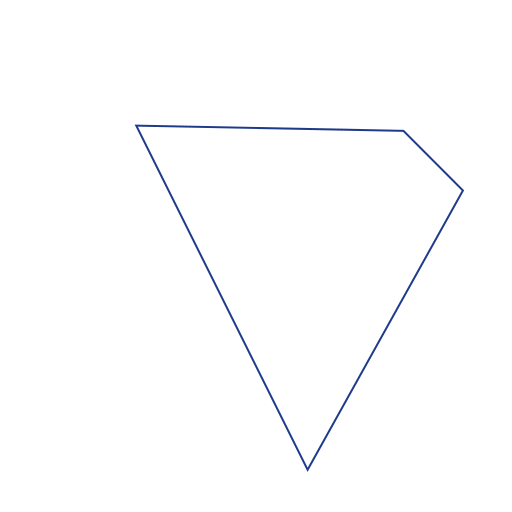 the state/province of Rose Atoll, rotated 24°
{"feature_id": "ASM-5000", "entity_name": "Rose Atoll", "entity_type": "state/province", "adm_level": 1, "iso_a3": "ASM", "parent_name": "American Samoa", "parent_adm1": "", "projection": "mercator", "projection_center": [-168.164, -14.526], "detail": "fine", "context": "isolated", "style": "outline", "palette": "blue", "viewbox_px": 512, "rotation_deg": 24, "n_neighbors": 0, "source": "natural_earth", "source_scale": "10m", "svg_char_len": 223}
<svg xmlns="http://www.w3.org/2000/svg" viewBox="0 0 512 512"><g transform="rotate(24 256 256)"><path d="M390.1,430.3L93.6,185.6L339.8,81.7L418.4,112.0L390.1,430.3Z" fill="none" stroke="#1e3a8a" stroke-width="2"/></g></svg>